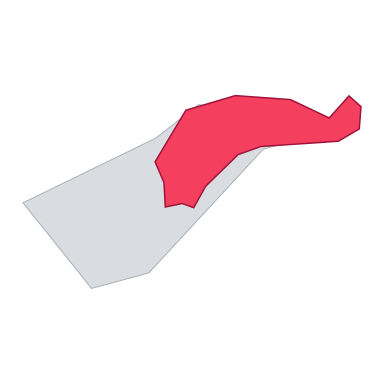 where Eastern sits in American Samoa
{"feature_id": "ASM-4998", "entity_name": "Eastern", "entity_type": "state/province", "adm_level": 1, "iso_a3": "ASM", "parent_name": "American Samoa", "parent_adm1": "", "projection": "equal_earth", "projection_center": [-170.654, -14.284], "detail": "fine", "context": "in_parent", "style": "filled", "palette": "rose", "viewbox_px": 384, "rotation_deg": 0, "n_neighbors": 0, "source": "natural_earth", "source_scale": "10m", "svg_char_len": 489}
<svg xmlns="http://www.w3.org/2000/svg" viewBox="0 0 384 384"><path d="M148.8,272.9L91.5,288.4L23.0,202.8L156.0,138.0L198.3,104.7L359.8,121.5L263.2,149.2L148.8,272.9Z" fill="#d9dde1" stroke="#a8b0b8" stroke-width="1"/><path d="M155.1,161.8L185.9,110.2L235.3,95.6L290.5,99.6L329.2,118.0L349.0,95.9L361.0,106.7L359.3,128.9L338.4,141.2L260.8,146.5L238.1,154.6L205.7,186.2L193.7,207.7L182.2,203.5L165.3,207.0L164.0,182.6L155.1,161.8Z" fill="#f43f5e" stroke="#9f1239" stroke-width="1.5"/></svg>